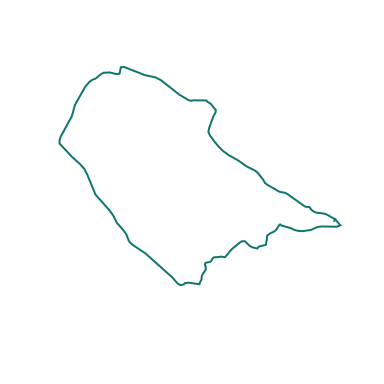 the Region of Upper Demerara-Berbice, rotated 120°
{"feature_id": "GUY-673", "entity_name": "Upper Demerara-Berbice", "entity_type": "Region", "adm_level": 1, "iso_a3": "GUY", "parent_name": "Guyana", "parent_adm1": "", "projection": "natural_earth1", "projection_center": [-58.308, 5.539], "detail": "fine", "context": "isolated", "style": "outline", "palette": "teal", "viewbox_px": 384, "rotation_deg": 120, "n_neighbors": 0, "source": "natural_earth", "source_scale": "10m", "svg_char_len": 2002}
<svg xmlns="http://www.w3.org/2000/svg" viewBox="0 0 384 384"><g transform="rotate(120 192 192)"><path d="M143.8,54.4L145.4,54.3L144.4,53.4L146.6,47.1L146.6,46.9L149.5,49.0L157.1,62.6L158.8,64.8L160.2,66.3L165.7,70.3L170.9,77.1L172.6,80.8L173.4,83.4L173.7,85.0L173.8,86.4L173.8,87.4L173.9,88.4L176.2,97.2L176.2,98.0L176.0,99.4L176.5,99.8L177.2,99.9L183.1,100.3L184.7,100.9L185.7,101.4L188.1,103.2L191.6,105.0L192.3,104.9L193.4,104.7L195.8,103.4L200.9,101.7L205.4,106.4L206.3,106.9L208.3,107.2L209.8,112.3L209.8,115.1L208.2,121.5L209.7,124.2L211.6,125.2L220.8,128.7L225.1,129.7L226.1,129.7L231.9,130.8L232.4,131.9L233.4,134.5L234.9,136.2L237.5,140.2L238.4,140.8L239.5,140.9L240.8,140.8L242.7,141.0L244.0,141.9L246.4,144.7L247.4,144.9L248.4,144.5L249.2,143.6L249.9,142.7L251.1,141.9L252.6,141.3L258.7,141.7L259.8,141.5L262.9,140.1L263.8,139.8L266.6,139.9L268.1,139.4L272.3,149.8L274.4,152.5L276.2,153.0L278.3,155.2L278.5,156.6L278.5,158.0L278.3,159.2L275.8,166.4L268.5,201.4L267.5,216.4L266.9,219.8L266.0,222.1L261.7,227.4L259.6,231.7L256.3,241.6L251.9,248.3L249.2,254.1L242.5,274.3L229.3,291.4L225.8,296.9L223.7,303.3L221.7,313.1L216.3,330.8L213.9,332.4L209.7,333.4L187.0,333.9L185.1,334.3L175.1,336.9L154.7,337.1L148.4,336.0L145.6,334.9L143.7,333.6L142.7,332.8L141.3,331.9L135.5,329.8L134.9,329.4L132.9,328.2L129.6,323.0L127.7,316.3L125.7,313.9L119.6,316.0L117.7,313.3L114.3,291.0L111.0,281.0L110.7,274.6L114.0,251.9L114.2,240.7L113.3,238.2L111.8,236.4L105.5,225.3L106.1,224.2L106.2,223.0L106.2,221.5L106.3,219.8L106.8,218.3L108.0,215.7L109.0,212.5L110.9,211.5L116.5,211.2L128.2,209.1L131.5,208.0L133.8,205.2L136.9,198.3L139.3,191.8L141.0,185.5L141.7,178.8L141.6,168.0L142.5,158.0L142.0,148.1L142.5,144.6L145.9,136.2L147.7,133.3L148.1,129.6L148.1,116.7L147.7,115.1L146.2,111.3L146.1,108.0L148.1,87.1L147.7,85.6L146.9,84.2L146.4,82.9L146.7,81.7L147.4,80.6L147.8,79.3L148.0,77.9L148.1,76.4L147.6,73.7L144.4,66.2L144.1,63.1L144.1,56.2L143.8,54.4Z" fill="none" stroke="#0f766e" stroke-width="2"/></g></svg>